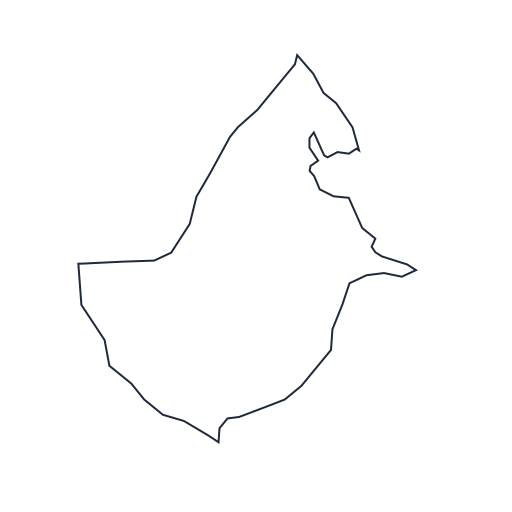 Thaethan, Hwanghae-namdo, North Korea (orthographic projection), rotated 219°
{"feature_id": "82179303B3017694876336", "entity_name": "Thaethan", "entity_type": "district", "adm_level": 2, "iso_a3": "PRK", "parent_name": "North Korea", "parent_adm1": "Hwanghae-namdo", "projection": "orthographic", "projection_center": [125.244, 38.144], "detail": "fine", "context": "isolated", "style": "outline", "palette": "slate", "viewbox_px": 512, "rotation_deg": 219, "n_neighbors": 0, "source": "geoboundaries", "source_scale": "gbopen_adm2", "svg_char_len": 985}
<svg xmlns="http://www.w3.org/2000/svg" viewBox="0 0 512 512"><g transform="rotate(219 256 256)"><path d="M138.7,219.1L138.6,230.2L150.5,247.2L158.3,272.6L166.2,293.7L158.0,310.6L145.8,323.3L129.6,331.7L122.8,345.7L133.4,344.5L157.9,334.9L165.5,334.0L171.9,335.9L174.2,344.6L191.1,344.6L220.5,359.6L233.3,351.2L248.4,347.9L261.1,354.7L267.9,355.9L270.3,360.3L267.7,369.2L282.6,373.8L288.6,381.2L288.8,388.4L266.4,377.1L262.5,377.7L258.0,388.1L248.2,394.0L245.5,402.6L242.4,402.9L261.9,416.7L290.0,425.2L306.1,425.2L326.2,433.7L350.4,438.0L346.4,429.5L346.6,408.4L346.7,395.7L346.9,370.3L351.1,345.0L351.2,332.3L347.3,311.1L343.5,290.0L339.6,264.6L327.7,239.2L324.0,205.3L332.2,188.4L356.5,167.3L384.8,142.0L389.2,138.2L368.9,116.6L360.9,108.1L320.8,95.4L300.8,78.4L272.7,78.4L252.6,74.1L228.5,74.0L208.3,82.4L180.2,86.5L167.9,87.7L176.0,99.2L175.9,111.9L167.8,120.3L155.5,141.4L143.3,162.6L139.0,183.7L138.9,196.4L138.7,219.1Z" fill="none" stroke="#1e293b" stroke-width="2"/></g></svg>